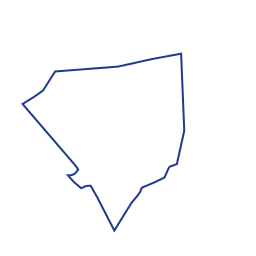 outline of Jaguaruana, Ceará, Brazil, rotated 242°
{"feature_id": "56859067B92650873269192", "entity_name": "Jaguaruana", "entity_type": "district", "adm_level": 2, "iso_a3": "BRA", "parent_name": "Brazil", "parent_adm1": "Ceará", "projection": "albers", "projection_center": [-37.778, -4.886], "detail": "fine", "context": "isolated", "style": "outline", "palette": "blue", "viewbox_px": 256, "rotation_deg": 242, "n_neighbors": 0, "source": "geoboundaries", "source_scale": "gbopen_adm2", "svg_char_len": 624}
<svg xmlns="http://www.w3.org/2000/svg" viewBox="0 0 256 256"><g transform="rotate(242 128 128)"><path d="M198.7,46.2L194.5,47.1L152.2,56.6L118.3,64.2L114.7,64.5L113.9,62.7L113.1,60.9L112.6,59.1L112.8,56.5L113.4,54.8L114.4,52.7L106.0,54.8L97.0,58.3L96.5,60.7L96.7,62.7L96.2,64.5L95.4,66.3L94.6,67.9L81.9,68.3L43.9,67.8L60.5,96.3L64.0,105.1L66.1,109.3L67.7,110.6L68.8,112.4L68.3,117.8L67.6,125.6L67.2,137.0L73.0,144.4L74.3,146.7L73.2,154.2L99.2,176.4L168.7,209.8L177.3,182.6L181.7,166.9L182.0,165.5L187.0,147.8L210.5,93.9L212.1,90.2L201.0,70.6L199.6,59.6L198.7,46.2Z" fill="none" stroke="#1e3a8a" stroke-width="2"/></g></svg>